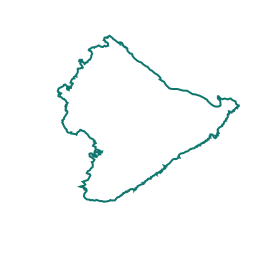 Gunung Kidul, Yogyakarta, Indonesia (Natural Earth projection), rotated 304°
{"feature_id": "22746128B54859500646728", "entity_name": "Gunung Kidul", "entity_type": "district", "adm_level": 2, "iso_a3": "IDN", "parent_name": "Indonesia", "parent_adm1": "Yogyakarta", "projection": "natural_earth1", "projection_center": [110.599, -7.993], "detail": "fine", "context": "isolated", "style": "outline", "palette": "teal", "viewbox_px": 256, "rotation_deg": 304, "n_neighbors": 0, "source": "geoboundaries", "source_scale": "gbopen_adm2", "svg_char_len": 5826}
<svg xmlns="http://www.w3.org/2000/svg" viewBox="0 0 256 256"><g transform="rotate(304 128 128)"><path d="M49.2,141.1L50.7,142.0L51.9,146.0L52.8,147.1L53.3,149.1L53.8,149.4L54.0,150.1L57.0,153.2L58.4,153.6L58.8,155.0L60.7,157.6L64.6,158.0L66.0,159.3L67.6,159.6L68.3,160.3L69.2,160.0L70.1,160.8L71.6,160.5L71.9,161.3L74.1,161.8L74.0,162.4L74.6,162.5L74.8,163.3L75.6,163.2L76.2,163.8L76.6,163.4L77.1,163.9L78.5,164.1L79.4,165.5L80.1,165.9L80.1,167.5L79.8,167.8L80.4,167.7L80.6,168.3L81.1,168.1L81.4,168.5L82.0,168.0L82.4,168.7L83.3,168.3L84.1,168.8L85.2,168.5L88.9,170.7L89.5,171.6L90.6,172.2L91.0,171.9L91.2,172.3L91.2,171.3L92.2,172.4L93.6,172.0L95.3,173.0L96.6,172.9L96.7,173.4L97.8,173.6L98.4,174.8L99.2,174.7L99.2,175.0L100.1,174.6L100.2,175.1L102.2,175.4L103.4,176.3L104.4,176.3L105.3,176.9L105.3,177.4L106.0,176.4L105.9,177.2L106.6,176.9L106.7,177.8L108.2,178.1L108.7,179.2L109.1,178.8L109.4,179.3L109.8,179.2L109.6,179.7L110.3,179.5L110.2,180.2L110.7,180.3L110.8,179.8L111.2,179.7L111.8,180.2L112.5,179.6L112.7,180.1L113.5,180.2L114.0,180.8L114.5,180.7L115.4,181.5L115.9,181.2L116.1,181.6L115.9,180.3L116.4,180.3L116.9,179.1L117.6,181.4L118.7,180.9L122.0,182.2L126.9,182.7L128.4,183.8L129.1,185.3L131.8,186.5L132.2,186.1L132.4,187.0L133.4,185.6L134.8,185.4L136.5,186.2L138.2,188.0L140.7,189.2L142.0,190.4L145.8,191.7L145.9,192.2L147.2,192.9L148.2,194.2L150.9,194.8L150.6,195.4L151.5,196.0L153.0,195.8L153.5,196.8L154.0,196.6L154.1,197.3L154.5,197.0L155.0,197.5L156.3,197.4L157.2,198.4L157.6,198.3L157.9,199.1L158.7,198.8L159.6,199.7L160.8,199.3L161.2,199.5L161.1,200.2L161.9,200.6L162.9,200.4L162.8,200.7L163.5,201.3L164.2,200.9L165.3,201.2L166.1,200.7L166.3,201.3L166.9,200.3L167.8,200.8L168.6,199.9L169.5,200.8L169.7,202.5L169.6,203.4L168.9,203.4L168.3,204.5L168.4,206.1L169.5,206.5L170.5,205.3L170.9,205.7L171.1,205.2L172.3,205.4L172.2,206.1L172.8,205.7L172.9,206.0L173.6,205.0L174.5,206.0L175.8,203.9L176.2,203.9L176.6,203.3L178.2,203.2L180.1,203.7L182.2,205.0L182.6,204.5L183.8,204.3L184.3,205.1L187.1,204.3L188.1,204.9L188.1,204.6L188.6,204.8L190.0,204.3L190.3,204.9L191.1,204.5L192.8,204.7L194.7,203.3L195.4,203.9L195.9,203.3L196.2,203.6L197.2,203.5L198.3,202.3L198.6,202.8L198.1,204.4L198.7,205.3L199.9,205.1L200.8,205.4L200.7,206.0L201.3,206.4L202.1,205.6L202.6,206.1L204.8,206.1L205.3,207.1L205.8,206.9L205.8,207.4L207.0,207.0L208.2,207.6L208.7,207.2L208.3,206.1L208.4,204.1L210.2,202.3L209.5,198.9L209.9,196.5L207.5,194.7L206.4,191.5L204.9,190.5L204.2,188.8L204.9,185.1L204.5,184.8L202.8,186.0L202.1,189.3L198.7,192.0L197.7,191.9L196.0,190.6L194.7,188.4L194.2,186.8L194.2,183.3L194.9,179.1L195.6,178.0L195.4,173.9L194.8,169.2L193.4,164.8L192.2,162.7L191.9,156.1L189.7,152.5L188.0,147.2L185.0,142.7L184.0,140.3L184.9,135.2L186.5,131.9L186.1,129.9L186.4,128.3L186.0,128.1L186.1,127.2L186.6,127.5L187.8,126.8L188.6,122.8L188.4,119.2L188.9,116.0L188.6,113.8L189.7,109.8L189.2,108.6L189.3,104.6L189.8,102.9L188.9,98.6L189.5,93.5L190.5,91.1L191.4,90.5L191.7,89.7L190.9,87.8L191.5,85.1L192.0,84.0L193.5,83.0L193.7,82.3L193.3,81.9L193.7,81.1L193.3,80.3L193.7,80.0L193.2,78.8L193.8,77.9L193.7,76.8L194.4,76.8L195.1,75.8L195.0,74.3L193.4,74.5L193.8,74.0L193.5,73.5L193.9,72.9L193.2,72.6L193.6,67.7L193.4,66.3L193.9,65.1L194.2,61.3L192.3,60.2L191.8,60.8L190.9,60.2L190.8,59.1L189.9,58.2L189.2,58.1L188.4,58.7L187.3,58.8L187.6,60.1L186.8,60.9L186.7,61.8L187.2,62.2L187.0,64.1L185.7,64.8L185.1,65.5L183.2,64.0L183.1,62.5L181.1,61.9L180.2,59.9L180.1,57.5L178.0,56.5L177.0,55.5L175.7,55.2L175.7,54.2L174.2,52.9L172.2,52.4L171.7,51.8L170.6,51.9L170.5,53.0L171.0,54.6L169.5,56.8L167.4,57.1L166.2,57.9L163.5,58.2L163.3,57.8L160.0,57.1L159.7,57.5L158.2,56.2L157.6,56.5L156.8,56.2L157.5,55.0L157.3,53.4L158.8,51.7L157.6,49.9L156.8,49.8L156.2,50.1L156.7,50.7L156.7,51.1L155.5,52.3L155.1,52.1L154.6,52.5L153.5,55.8L152.7,56.8L152.1,56.7L151.6,55.6L150.5,55.0L149.1,53.2L146.3,55.1L144.7,55.4L143.2,55.2L141.9,56.4L141.8,55.7L140.8,54.9L139.8,54.7L139.1,55.8L137.8,54.5L136.4,54.3L136.3,53.7L136.1,54.4L133.4,55.0L134.1,56.8L133.9,57.5L132.0,57.3L129.2,58.3L129.0,58.0L129.9,56.9L129.3,56.1L126.3,57.7L126.0,56.1L126.2,55.6L128.6,54.3L128.9,51.6L128.3,51.1L128.1,51.8L128.0,51.0L126.6,51.0L122.0,48.4L119.5,49.0L119.3,50.0L118.7,50.2L119.0,51.5L118.6,52.2L119.2,52.4L119.3,53.2L118.0,53.0L117.8,52.1L117.0,51.7L115.5,52.5L115.6,53.7L116.4,54.3L115.8,57.8L116.4,58.7L116.0,59.2L116.1,60.9L115.0,62.5L115.1,63.9L113.5,64.1L112.6,63.5L112.0,63.8L111.9,64.4L111.8,63.9L111.0,64.0L111.4,64.8L110.5,64.8L110.0,65.5L108.7,65.6L107.6,66.7L108.2,67.2L108.2,67.7L107.7,68.6L106.6,69.2L100.6,69.3L99.5,69.9L97.6,69.2L97.3,70.1L95.7,70.4L95.4,71.6L94.9,71.9L92.8,75.6L92.4,78.1L91.7,78.3L90.7,80.2L91.0,81.7L92.7,83.4L91.7,84.0L93.8,88.4L93.7,89.0L95.9,88.5L98.9,89.7L99.7,89.4L100.2,90.1L100.0,91.5L100.7,93.1L100.0,98.4L99.0,100.5L98.6,102.6L99.2,105.0L98.7,106.4L98.9,107.2L98.4,107.8L97.6,107.6L97.9,108.8L97.4,109.8L95.5,108.7L93.6,108.9L94.2,111.8L92.8,112.4L92.4,113.1L93.5,117.2L93.2,118.0L92.4,118.2L94.0,119.7L93.1,120.0L92.5,119.3L91.3,119.2L90.7,119.7L90.5,119.2L89.4,118.6L89.8,118.0L90.8,117.9L91.8,116.5L89.9,115.2L89.7,114.5L90.7,113.8L90.4,113.3L87.4,114.6L87.1,115.2L87.6,115.9L87.4,117.5L87.0,118.2L86.5,118.2L85.3,115.9L85.5,113.7L86.2,113.3L86.6,112.3L85.8,110.8L84.9,110.5L83.0,112.2L83.3,114.5L82.9,118.0L80.4,118.0L79.5,117.1L78.0,119.3L75.9,120.5L73.2,119.8L71.6,120.0L69.7,118.8L67.6,119.1L67.9,119.7L67.6,120.7L68.3,122.0L67.7,123.3L62.5,123.8L58.1,120.5L57.8,123.0L57.2,124.3L55.0,123.5L54.5,122.6L52.6,121.1L52.9,122.2L54.1,123.3L52.6,126.4L52.8,126.8L53.2,126.7L54.1,125.9L54.2,127.4L52.9,128.9L49.2,128.6L47.2,129.4L46.4,130.2L45.9,132.0L45.8,133.7L47.2,136.6L47.0,137.2L48.2,138.5L49.2,141.1ZM172.8,206.7L172.6,206.1L172.4,206.0L172.4,206.3L172.8,206.7Z" fill="none" stroke="#0f766e" stroke-width="2"/></g></svg>